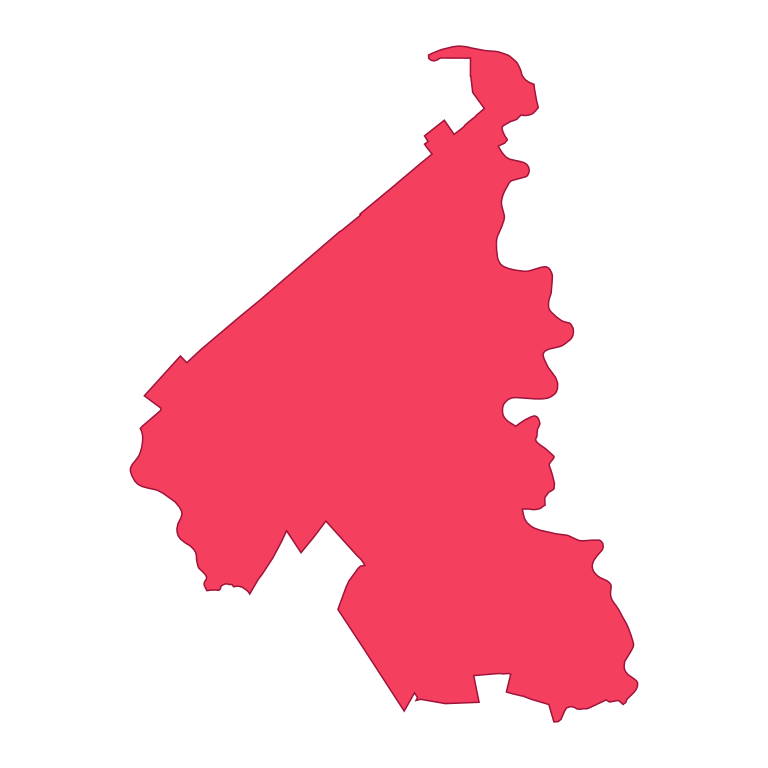 outline of Fantanele, Suceava, Romania
{"feature_id": "2599482B49541519144713", "entity_name": "Fantanele", "entity_type": "district", "adm_level": 2, "iso_a3": "ROU", "parent_name": "Romania", "parent_adm1": "Suceava", "projection": "albers", "projection_center": [26.534, 47.602], "detail": "fine", "context": "isolated", "style": "filled", "palette": "rose", "viewbox_px": 768, "rotation_deg": 0, "n_neighbors": 0, "source": "geoboundaries", "source_scale": "gbopen_adm2", "svg_char_len": 6083}
<svg xmlns="http://www.w3.org/2000/svg" viewBox="0 0 768 768"><path d="M625.9,702.4L626.3,700.7L627.2,699.0L634.1,692.3L636.0,689.7L636.9,687.8L637.5,686.0L637.6,684.5L637.6,683.1L637.4,682.4L636.6,681.1L635.1,679.6L628.7,675.1L627.6,674.1L625.6,671.6L625.0,670.6L624.3,668.3L624.2,667.3L624.2,665.6L624.5,662.8L624.9,661.1L630.5,652.1L632.9,647.6L633.3,646.2L633.6,644.8L633.5,643.7L632.7,640.7L631.0,635.1L628.3,627.9L626.4,623.6L621.9,615.7L618.9,610.0L616.3,606.0L612.9,601.4L612.0,599.8L611.1,597.7L610.6,595.3L610.5,593.0L610.6,591.5L611.1,587.5L611.1,585.9L611.0,585.3L610.3,583.8L609.0,582.3L607.4,581.0L599.9,577.5L597.4,575.7L596.0,574.4L594.4,572.5L593.4,571.0L592.5,568.5L592.3,567.1L592.3,565.1L592.7,563.6L593.2,561.9L594.3,559.7L596.7,556.3L602.0,550.2L602.5,549.4L603.2,547.2L603.2,546.5L603.0,544.5L602.8,543.6L601.8,541.9L601.0,541.1L599.8,540.3L598.9,540.1L591.4,540.2L583.1,540.8L580.0,540.7L577.2,539.8L568.7,535.8L567.3,535.3L556.0,533.8L540.1,530.2L534.5,528.2L532.4,527.0L530.7,526.0L526.9,522.5L525.0,519.5L524.3,517.8L523.3,514.1L522.3,509.0L530.4,509.1L532.1,509.6L535.2,509.6L539.4,508.8L541.1,507.9L543.5,506.0L544.7,505.5L545.1,505.1L544.7,498.8L544.8,498.2L545.1,497.2L548.7,492.3L552.3,490.2L553.7,489.1L554.2,488.3L554.1,486.1L554.5,484.6L554.2,482.3L552.3,474.7L550.7,469.5L549.4,466.1L549.2,465.2L549.2,464.2L549.3,463.9L550.9,461.6L553.2,458.9L553.9,457.6L554.0,457.3L554.0,456.6L553.4,455.7L545.2,448.4L542.4,446.5L538.6,443.7L536.7,441.9L535.6,440.0L535.7,439.0L536.7,436.9L537.0,435.8L537.1,434.8L537.0,433.3L537.4,431.2L537.3,430.2L537.3,429.6L537.9,428.5L539.5,425.1L539.9,423.5L539.9,423.1L538.6,419.1L538.0,418.1L537.1,417.0L535.7,416.2L534.2,415.9L530.9,416.9L525.1,419.8L519.4,423.5L515.6,426.4L514.6,425.5L508.5,421.7L506.1,419.7L504.3,417.4L503.3,415.4L502.9,414.3L502.6,412.7L502.5,409.8L502.6,408.1L503.2,405.5L503.9,404.0L505.6,401.9L506.9,400.6L508.1,399.6L511.2,398.1L513.4,397.7L517.0,397.6L535.0,398.9L541.8,398.9L543.8,398.7L547.4,398.2L549.9,397.3L553.1,395.3L555.1,393.6L555.8,392.7L556.6,391.1L557.4,388.9L557.7,384.6L557.6,383.2L557.1,381.5L555.9,378.3L555.2,376.9L548.0,367.1L544.4,359.5L543.6,357.3L543.2,355.9L543.1,354.9L543.1,354.1L543.6,353.0L544.4,351.8L545.1,351.1L547.2,349.9L549.4,349.0L560.2,346.5L563.1,345.1L565.5,343.4L569.8,340.0L571.6,338.0L572.3,336.9L572.7,335.8L573.2,334.1L573.4,332.6L573.4,330.1L573.1,328.2L571.3,324.8L570.3,323.6L569.1,322.9L564.7,321.9L563.3,321.4L561.7,320.7L559.2,319.0L556.2,316.7L551.5,312.4L550.4,311.1L549.1,308.9L548.8,307.7L548.5,306.0L548.6,302.7L549.0,299.8L549.8,297.1L550.7,294.6L551.1,293.1L552.0,283.4L552.4,276.1L552.2,274.6L551.4,272.3L550.0,269.6L548.9,268.3L547.4,267.3L545.9,266.8L544.9,266.7L540.7,267.4L529.9,270.7L527.6,271.1L524.6,271.3L516.5,270.3L512.0,269.4L507.4,268.1L504.3,266.8L502.9,266.1L501.0,264.6L499.5,262.5L497.9,259.1L497.6,257.9L496.6,249.6L496.4,244.2L496.5,241.2L497.0,237.7L497.6,236.0L501.9,226.2L504.0,220.0L504.4,217.3L504.3,215.4L501.8,205.9L501.5,203.7L501.4,202.2L501.8,199.3L502.9,195.3L504.0,192.5L505.0,190.4L509.4,182.6L510.4,181.5L511.3,180.9L512.6,180.4L526.2,176.6L527.1,175.9L528.3,174.2L528.9,172.4L529.2,170.8L529.0,168.7L528.5,167.0L527.6,165.5L526.8,164.5L525.4,163.4L524.1,162.7L520.9,161.7L510.2,159.3L507.4,158.0L506.2,157.2L504.4,155.4L502.1,152.6L500.4,149.9L498.3,146.1L504.7,143.1L507.3,140.0L507.1,139.1L504.9,136.0L503.1,132.2L502.2,129.2L502.0,127.4L503.4,125.6L507.8,123.1L510.8,121.4L513.3,120.7L516.8,119.3L520.8,115.1L523.7,115.5L526.7,115.4L529.1,115.0L532.6,113.7L534.9,111.6L538.3,107.6L536.5,100.2L534.5,89.0L534.0,84.3L530.2,82.8L528.2,81.7L525.6,79.9L524.1,78.3L522.3,75.6L521.8,74.6L521.5,73.0L520.6,70.0L519.9,68.3L517.4,63.3L516.3,61.9L514.0,59.8L509.5,56.0L507.6,55.0L503.5,53.5L497.8,51.7L495.5,51.4L485.2,50.6L472.0,48.1L466.8,46.8L461.2,46.2L457.9,46.1L452.8,46.8L441.3,49.6L431.9,53.4L428.5,55.1L428.8,58.5L431.1,60.3L433.9,60.9L437.1,60.0L440.3,58.0L470.5,58.1L470.4,76.1L470.8,76.2L472.7,92.5L484.3,108.5L476.4,115.3L474.9,117.0L472.6,118.7L467.0,123.3L464.8,125.3L464.4,126.2L462.7,127.7L454.1,134.4L444.3,120.2L424.5,135.9L428.1,141.6L424.5,144.1L426.9,147.6L430.1,151.5L430.9,152.8L432.1,153.8L432.0,154.1L420.0,163.9L393.0,186.7L360.9,213.3L359.9,214.2L360.6,215.1L341.0,231.0L340.0,231.3L260.1,300.0L240.1,316.4L200.6,349.8L186.8,362.7L180.4,356.0L144.3,395.8L161.1,408.3L160.6,410.3L160.1,410.9L142.7,425.9L140.3,428.4L141.8,431.9L142.6,435.5L142.7,439.1L142.5,441.9L141.7,447.4L140.1,453.0L138.6,456.3L135.3,460.7L132.8,463.7L131.3,466.2L130.4,468.5L130.4,471.2L131.8,475.6L134.9,481.2L138.0,484.3L142.1,486.5L148.0,488.1L157.1,490.1L163.1,493.3L175.1,501.9L179.4,507.1L181.6,511.3L182.0,514.1L181.0,517.6L178.0,523.6L176.9,528.8L177.2,532.7L178.4,536.2L180.6,539.2L185.4,543.0L190.4,546.0L194.0,549.7L195.7,552.6L196.4,555.9L196.6,560.2L197.8,565.6L198.7,568.0L203.5,572.6L205.6,575.1L206.5,577.0L206.5,578.5L205.8,580.0L204.9,581.2L204.3,582.7L204.1,583.7L204.3,585.4L206.8,590.6L209.1,590.4L210.6,590.1L216.0,590.0L218.5,590.3L219.4,590.0L220.2,589.1L220.7,587.9L220.8,586.9L221.0,586.3L221.6,585.7L223.3,584.7L224.7,584.1L226.1,583.9L227.3,584.0L229.4,584.5L231.5,584.5L232.5,585.0L233.3,586.5L233.6,586.7L234.1,586.8L235.3,586.4L237.9,586.2L239.4,586.4L240.7,586.9L241.7,586.8L246.9,590.4L248.5,592.1L249.7,594.0L257.7,580.4L258.1,579.5L261.9,574.7L272.8,558.0L281.3,542.0L286.6,530.8L301.0,552.7L314.0,536.9L325.9,521.1L357.3,555.9L360.5,558.9L362.7,561.7L364.8,565.4L360.5,566.1L358.4,568.0L349.0,580.8L346.1,587.0L337.9,609.4L362.1,646.2L404.2,711.1L414.5,692.8L417.5,697.5L416.0,700.5L420.6,699.3L445.3,703.6L479.1,702.3L473.7,675.6L497.4,673.6L500.7,673.6L502.8,673.9L508.6,673.5L510.7,674.2L506.4,692.0L512.6,693.8L522.3,696.1L523.3,696.0L524.4,696.7L531.9,699.5L548.8,704.5L553.9,721.9L558.2,721.6L561.0,719.4L564.7,710.8L566.7,707.8L570.7,706.6L574.0,707.2L576.9,708.9L579.8,709.3L583.6,708.7L586.5,708.8L588.6,708.2L606.2,699.9L608.6,701.5L609.7,702.0L617.8,700.5L619.2,701.0L623.2,704.5L624.0,703.7L625.9,702.4Z" fill="#f43f5e" stroke="#9f1239" stroke-width="1.5"/></svg>